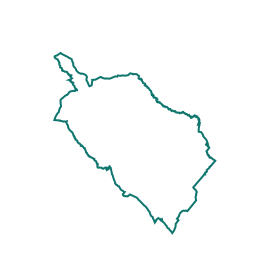 Bogati, Arges, Romania, rotated 311°
{"feature_id": "2599482B4479215659380", "entity_name": "Bogati", "entity_type": "district", "adm_level": 2, "iso_a3": "ROU", "parent_name": "Romania", "parent_adm1": "Arges", "projection": "albers", "projection_center": [25.17, 44.885], "detail": "fine", "context": "isolated", "style": "outline", "palette": "teal", "viewbox_px": 256, "rotation_deg": 311, "n_neighbors": 0, "source": "geoboundaries", "source_scale": "gbopen_adm2", "svg_char_len": 5829}
<svg xmlns="http://www.w3.org/2000/svg" viewBox="0 0 256 256"><g transform="rotate(311 128 128)"><path d="M168.7,198.2L169.9,196.2L170.7,194.1L171.0,190.4L172.0,189.1L172.7,186.8L172.8,185.7L171.9,184.4L171.6,183.7L174.2,181.6L178.4,179.2L176.8,178.6L180.9,176.8L181.0,176.4L180.5,176.1L180.4,175.7L180.6,175.5L181.7,175.3L181.8,174.1L181.6,173.9L181.4,173.2L182.0,172.7L181.6,172.4L181.7,171.9L181.0,171.8L181.3,170.3L180.4,170.5L180.1,170.0L180.1,169.7L179.1,169.7L178.4,168.7L178.0,169.4L177.3,169.3L177.0,169.0L177.8,167.5L177.7,167.1L177.3,167.1L177.2,166.6L177.5,165.7L177.8,165.4L176.8,164.7L176.8,164.3L177.1,163.9L177.1,163.5L176.8,162.6L176.3,162.4L176.2,161.7L176.5,161.0L175.7,159.7L175.7,159.2L176.1,159.0L175.2,158.4L174.2,158.3L173.5,157.3L173.1,157.3L173.1,156.3L172.4,155.9L172.2,155.2L171.9,155.1L171.2,153.8L171.1,153.6L171.8,152.7L171.2,151.8L170.4,151.3L170.5,150.5L170.3,150.0L169.4,149.6L170.1,147.5L169.6,146.9L168.8,146.8L168.7,146.5L168.8,146.0L169.3,145.5L169.4,143.4L168.6,142.9L168.7,141.9L168.4,141.4L167.9,141.4L167.5,140.4L168.1,139.7L167.8,139.3L167.8,138.7L168.1,138.2L168.2,137.5L167.8,135.8L168.2,135.2L167.7,134.8L167.9,134.0L166.9,133.6L166.7,133.2L166.8,132.5L167.3,132.4L167.2,131.9L167.5,131.6L167.6,131.2L168.8,131.2L168.7,130.9L168.2,130.6L168.3,130.4L169.2,130.1L169.1,129.6L168.8,129.4L168.7,128.4L167.9,127.8L167.9,127.3L168.5,126.8L168.3,126.3L168.5,125.8L168.9,125.6L169.3,125.8L169.5,125.1L168.5,124.3L169.0,123.6L169.7,123.4L170.2,122.1L171.0,121.4L171.0,119.7L171.7,116.8L171.2,116.3L171.9,115.3L171.4,114.4L171.2,112.8L172.0,112.9L172.1,112.5L172.5,112.1L172.6,111.7L172.3,111.2L172.3,110.7L171.9,110.0L172.2,109.8L172.7,107.4L173.3,107.2L173.8,105.8L173.7,105.4L172.7,105.3L172.3,103.8L172.4,103.5L174.5,102.1L174.3,101.0L174.3,99.2L172.7,97.2L171.9,96.8L171.8,96.5L171.9,95.8L171.2,94.9L170.7,93.8L167.9,93.4L165.5,91.4L164.2,89.5L162.5,88.1L160.8,85.8L159.8,86.2L158.4,84.4L154.1,82.3L152.9,81.5L151.3,79.2L150.5,78.7L148.9,75.8L149.0,74.6L148.3,73.7L143.1,71.7L140.8,69.4L140.1,70.2L136.2,72.6L134.2,71.5L134.3,71.0L136.3,66.9L136.7,65.5L137.5,64.6L139.2,63.8L139.9,63.0L140.2,61.7L140.1,60.7L139.4,58.3L138.6,57.6L138.3,56.9L137.8,56.4L137.8,55.8L137.3,54.5L137.4,52.0L137.6,51.1L138.4,49.7L138.7,48.7L138.7,47.1L139.3,45.7L140.9,44.2L142.0,41.8L143.0,40.2L142.2,37.1L142.1,36.0L140.4,29.3L140.4,27.9L135.9,26.7L135.0,26.0L134.0,25.7L133.4,26.0L133.0,26.7L133.1,28.0L133.4,28.7L133.4,29.6L133.6,30.0L133.3,30.7L133.0,31.0L133.0,31.8L132.1,33.7L131.3,33.9L130.8,34.6L130.4,36.2L129.2,37.0L129.3,37.4L129.6,37.9L129.7,39.0L128.5,40.2L128.8,40.7L128.2,41.2L128.9,42.3L129.0,43.4L130.2,44.8L130.2,45.7L129.9,46.0L129.5,46.9L129.9,47.5L129.3,48.1L129.3,49.5L129.6,49.9L130.4,50.1L130.6,50.7L128.9,50.9L128.8,53.1L127.1,52.8L125.6,52.0L126.4,53.3L126.2,53.7L125.8,53.5L125.5,53.6L125.5,54.7L125.4,55.3L126.1,56.0L126.1,57.2L125.7,57.2L125.4,56.8L124.6,58.0L124.5,60.2L124.0,60.6L123.4,61.6L123.5,62.0L123.3,62.5L123.5,62.6L123.5,62.9L123.2,63.1L123.4,63.6L123.0,64.0L123.3,64.5L123.1,64.7L122.7,64.1L121.4,63.3L121.0,63.6L120.3,62.5L118.2,60.8L117.5,60.4L115.9,60.1L115.1,60.4L112.8,60.3L112.5,59.9L111.8,59.6L105.5,58.6L104.3,59.0L103.4,60.3L102.6,60.7L100.9,62.8L99.8,63.5L98.8,63.4L96.4,64.3L94.6,65.3L92.8,65.2L89.0,65.9L85.7,67.2L88.2,70.6L88.6,71.5L88.8,71.4L89.1,72.0L90.6,75.3L91.0,75.4L91.6,76.4L92.9,77.4L91.6,78.0L90.7,79.8L90.5,81.1L89.1,82.5L88.2,85.1L88.1,87.9L88.0,88.1L88.2,88.9L86.4,92.3L86.6,92.5L86.2,93.1L86.2,93.7L85.5,94.1L85.6,95.3L84.8,95.8L84.9,97.0L85.1,97.4L84.9,97.6L85.0,97.8L84.9,98.4L84.1,99.6L84.4,100.0L84.2,101.5L84.5,101.9L84.5,102.3L84.2,103.4L84.4,104.1L83.9,104.2L84.2,104.7L84.0,104.8L84.3,105.1L84.4,106.1L83.9,108.1L84.4,108.5L83.6,109.7L83.4,110.6L82.0,112.4L82.3,113.1L81.4,115.1L81.6,115.5L81.3,115.8L80.9,117.0L81.0,117.3L81.4,117.4L81.5,118.3L81.3,118.3L81.3,118.7L82.0,120.4L82.2,121.2L82.1,122.2L82.6,122.8L81.9,123.3L81.6,124.7L82.0,125.7L81.4,126.8L80.7,127.7L81.1,128.1L81.1,128.6L80.6,129.1L79.9,129.2L79.6,129.8L78.7,130.2L78.3,131.2L80.6,133.9L80.7,134.6L80.5,135.0L81.2,136.3L82.1,136.3L83.2,136.8L84.0,137.6L84.2,138.0L83.8,138.4L82.7,138.6L82.3,139.6L83.8,140.1L86.6,139.1L87.0,139.2L85.9,141.1L86.4,141.3L82.5,146.5L82.5,147.0L80.3,150.4L78.3,154.3L78.1,154.6L77.7,154.7L77.4,156.6L77.8,157.3L77.6,159.0L77.8,159.5L78.0,159.6L76.9,162.7L76.8,163.7L77.2,165.6L77.2,167.2L77.4,167.5L74.6,167.6L74.3,168.6L74.0,168.7L74.0,169.7L75.1,171.0L75.2,171.4L76.1,172.2L76.2,172.7L79.1,173.0L81.2,180.3L80.9,182.6L80.7,183.1L80.7,185.6L80.4,188.1L80.2,190.7L80.1,191.2L80.3,192.6L79.8,195.4L79.0,197.8L79.0,199.0L76.9,202.6L76.8,203.9L77.0,204.8L76.8,205.4L76.1,206.3L75.4,208.3L74.2,210.3L75.7,210.2L77.1,209.6L79.8,209.9L79.8,210.7L79.9,211.1L80.4,211.5L80.5,212.1L80.4,212.9L79.8,213.1L79.8,213.6L80.9,213.3L81.4,213.4L80.4,214.7L80.1,215.5L80.1,217.8L79.5,220.2L79.4,221.5L79.0,222.1L78.5,223.5L78.9,224.9L78.3,226.7L78.3,228.3L77.7,230.3L80.6,230.1L84.6,228.7L87.1,226.8L88.2,226.9L89.6,226.6L91.3,226.8L91.8,225.9L91.6,224.5L94.4,224.4L97.4,223.2L100.1,223.3L101.7,223.8L102.2,224.3L103.1,225.7L103.7,225.9L104.3,227.4L118.0,226.9L120.3,224.2L122.3,223.4L122.3,223.1L122.9,222.6L124.8,222.0L125.6,220.0L125.7,217.2L126.0,216.2L141.5,216.1L143.1,215.9L143.6,216.7L144.7,215.6L145.6,215.6L146.3,216.1L146.9,216.1L147.9,215.0L150.7,215.5L152.1,215.5L152.4,215.0L153.7,215.4L160.5,215.4L160.5,213.9L160.1,212.8L160.2,210.2L160.0,209.7L159.5,209.7L159.3,209.3L159.8,209.1L159.8,208.7L159.4,208.6L159.8,207.4L160.3,207.2L160.4,206.9L160.5,206.5L160.0,206.2L160.1,205.7L160.9,204.2L161.3,204.1L162.0,202.4L163.6,202.5L166.4,202.3L166.5,201.7L166.2,201.6L166.3,201.3L166.6,201.4L167.1,200.4L166.8,199.9L167.1,199.7L167.1,199.1L166.7,198.8L166.6,197.8L168.4,197.4L168.7,198.2Z" fill="none" stroke="#0f766e" stroke-width="2"/></g></svg>